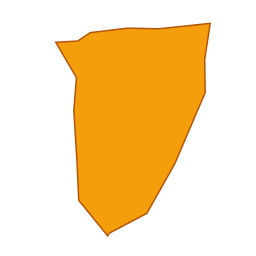 the Municipality of Al Jifarah, rotated 183°
{"feature_id": "LBY-2973", "entity_name": "Al Jifarah", "entity_type": "Municipality", "adm_level": 1, "iso_a3": "LBY", "parent_name": "Libya", "parent_adm1": "", "projection": "equal_earth", "projection_center": [13.064, 32.491], "detail": "fine", "context": "isolated", "style": "filled", "palette": "amber", "viewbox_px": 256, "rotation_deg": 183, "n_neighbors": 0, "source": "natural_earth", "source_scale": "10m", "svg_char_len": 387}
<svg xmlns="http://www.w3.org/2000/svg" viewBox="0 0 256 256"><g transform="rotate(183 128 128)"><path d="M204.6,209.8L182.9,212.2L170.6,221.3L133.4,227.7L102.3,228.7L51.4,236.8L55.0,200.5L52.8,167.4L79.3,95.1L89.1,75.2L104.7,43.8L141.5,21.8L142.6,19.2L173.4,53.2L177.2,92.0L183.0,142.4L182.1,175.6L199.5,202.0L204.6,209.8Z" fill="#f59e0b" stroke="#b45309" stroke-width="1.5"/></g></svg>